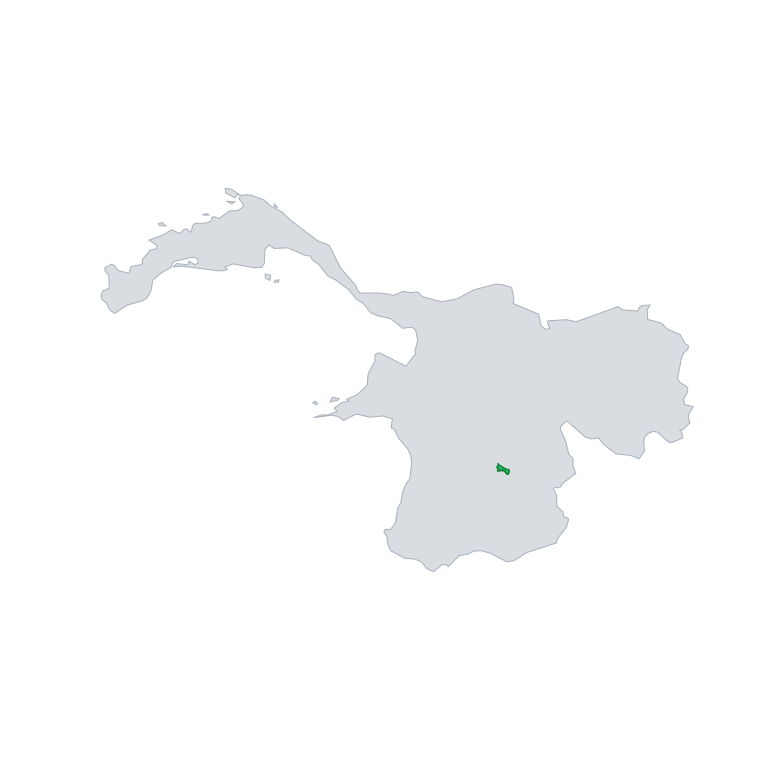 location of Ban Fang, Khon Kaen, Thailand, rotated 109°
{"feature_id": "78962969B10387092558373", "entity_name": "Ban Fang", "entity_type": "district", "adm_level": 2, "iso_a3": "THA", "parent_name": "Thailand", "parent_adm1": "Khon Kaen", "projection": "orthographic", "projection_center": [102.643, 16.502], "detail": "fine", "context": "in_parent", "style": "filled", "palette": "green", "viewbox_px": 768, "rotation_deg": 109, "n_neighbors": 0, "source": "geoboundaries", "source_scale": "gbopen_adm2", "svg_char_len": 5879}
<svg xmlns="http://www.w3.org/2000/svg" viewBox="0 0 768 768"><g transform="rotate(109 384 384)"><path d="M330.3,86.7L330.9,89.6L334.0,85.8L337.8,83.9L345.4,92.5L346.3,96.2L340.5,109.7L341.3,114.3L344.9,118.1L349.2,120.3L353.8,119.7L362.4,115.9L371.8,118.5L371.2,127.5L374.5,141.9L369.7,156.6L365.1,163.8L368.5,170.1L368.7,176.1L359.4,198.9L361.2,200.6L367.0,203.2L369.4,202.4L379.1,193.5L389.8,186.6L393.3,180.7L400.0,178.7L406.0,173.5L419.9,182.7L423.6,183.5L425.4,185.1L426.1,188.9L427.8,189.6L433.5,184.3L443.0,180.9L446.8,173.0L451.2,170.7L450.8,166.8L452.2,165.3L460.0,164.9L471.8,169.0L476.0,169.9L477.9,168.9L496.8,194.1L509.0,203.7L512.1,210.3L509.5,227.4L509.8,237.1L512.6,244.5L517.8,249.6L521.7,256.9L535.9,263.8L534.7,265.7L535.7,270.3L544.6,275.5L545.3,277.3L544.4,284.2L540.5,289.4L539.6,293.7L539.7,299.0L542.0,307.0L539.4,323.5L534.2,328.2L527.4,331.6L523.6,336.1L520.8,335.0L519.4,330.5L511.9,328.0L497.3,330.5L490.0,329.5L480.2,331.2L470.7,330.6L465.1,328.7L449.2,332.3L442.5,335.6L437.7,340.4L430.5,352.5L423.2,359.9L423.3,362.9L414.2,364.8L414.7,375.1L419.9,386.3L421.4,400.4L431.6,410.4L429.6,417.3L430.9,424.1L438.8,439.8L433.1,432.3L431.9,427.3L425.1,419.5L423.0,423.3L415.1,417.5L411.7,411.7L410.6,414.2L402.8,406.0L394.8,401.6L390.4,399.5L379.2,402.4L365.0,400.0L359.6,402.1L357.3,400.8L356.0,398.3L360.1,369.0L348.0,365.2L345.9,363.3L343.2,365.4L331.2,366.5L322.5,371.8L321.3,376.3L325.2,384.4L320.0,398.9L321.6,412.6L320.8,420.1L314.7,429.6L313.0,437.2L306.0,448.8L301.4,463.5L300.2,472.1L291.9,485.1L289.9,492.4L287.0,495.1L288.1,501.0L286.5,519.0L291.6,532.1L290.1,538.1L295.7,540.3L309.1,536.4L313.6,537.5L316.4,544.7L319.6,566.0L325.2,572.6L326.6,569.4L329.3,572.8L331.3,579.2L338.2,612.7L341.8,621.5L337.6,619.2L335.2,608.7L331.3,608.2L332.7,601.6L330.2,599.2L326.2,601.0L326.3,606.2L336.9,623.0L343.5,623.5L351.9,631.0L361.0,636.4L372.6,634.6L380.5,636.4L385.2,640.9L392.7,652.2L405.0,661.7L403.2,667.5L398.3,672.2L395.7,678.4L392.4,680.3L387.8,680.3L382.8,675.0L370.6,679.7L367.9,684.6L364.8,685.8L359.4,680.4L359.8,677.4L363.2,672.9L362.4,661.4L355.1,661.2L350.2,652.5L348.6,651.7L345.1,653.0L333.6,648.7L330.2,643.3L326.8,643.7L324.4,653.0L314.2,640.4L307.3,635.2L308.3,625.9L303.5,623.9L301.5,621.3L303.4,615.8L296.8,616.5L293.7,615.0L289.9,604.9L286.7,600.8L282.4,600.8L281.0,598.8L281.4,593.9L270.8,586.7L267.5,578.6L262.5,575.0L259.3,576.0L256.0,581.6L253.6,581.2L251.4,579.6L248.7,571.5L249.0,557.5L252.5,549.4L254.5,536.4L259.6,525.5L270.2,493.6L270.7,480.9L288.3,463.1L300.1,442.6L304.0,439.6L305.7,435.8L299.8,419.0L297.2,407.4L297.7,404.4L290.4,396.4L288.6,387.3L286.7,384.4L286.1,381.4L288.9,376.2L287.6,356.4L279.7,342.6L265.6,329.6L253.1,310.7L251.5,304.1L251.2,294.7L261.6,288.7L265.8,288.3L267.7,260.4L276.7,255.2L278.6,253.0L279.6,248.3L277.5,245.5L271.7,250.0L270.6,249.0L263.8,232.4L262.5,222.4L234.7,188.1L236.2,182.4L232.4,167.8L228.2,167.5L225.4,164.8L222.7,158.2L228.1,159.2L237.1,155.7L236.0,141.6L240.0,133.6L240.9,120.1L247.8,112.3L248.8,108.4L252.5,108.0L257.4,111.0L262.4,111.2L283.5,108.2L286.3,104.6L287.7,97.3L289.9,95.0L294.6,94.4L300.0,96.0L305.7,93.2L304.8,84.4L314.8,86.1L321.4,82.2L330.3,86.7ZM256.5,585.4L254.9,595.8L250.8,597.8L249.5,591.7L252.0,582.0L253.1,584.3L256.5,585.4ZM323.2,525.6L322.5,530.6L318.8,532.2L317.9,526.5L323.2,525.6ZM414.1,422.0L418.6,429.2L413.4,428.6L412.5,421.6L414.1,422.0ZM305.8,649.5L303.6,646.4L305.5,641.7L307.4,647.6L305.8,649.5ZM263.4,586.7L262.3,592.3L260.4,584.5L263.4,586.7ZM323.4,521.1L321.4,520.4L319.7,517.1L322.2,517.2L323.4,521.1ZM281.1,604.0L283.4,610.8L280.7,607.6L281.1,604.0ZM425.6,441.0L425.0,445.3L422.7,443.5L424.1,440.4L425.6,441.0ZM252.0,544.9L249.5,546.4L251.6,542.5L252.0,544.9Z" fill="#d9dde1" stroke="#a8b0b8" stroke-width="1"/><path d="M429.2,238.1L429.1,237.9L428.9,237.3L428.3,237.3L428.3,237.2L428.2,237.1L427.9,237.1L427.7,237.1L427.4,237.1L427.2,237.1L426.9,237.1L426.7,237.0L426.4,237.0L426.2,237.0L425.9,237.2L425.7,237.3L425.4,237.4L425.2,237.4L425.0,237.5L424.8,237.6L424.7,237.6L424.6,237.8L424.5,238.1L424.5,238.4L424.5,238.5L424.6,238.8L424.6,239.1L424.6,239.4L424.6,239.5L424.6,239.9L424.6,240.0L424.8,240.4L424.7,240.6L424.7,240.8L424.6,241.0L424.6,241.3L424.6,241.5L424.6,241.9L424.5,242.1L424.5,242.5L424.4,242.8L424.5,242.9L424.4,243.0L424.4,243.3L424.3,243.7L424.3,243.8L424.2,244.2L424.2,244.3L424.1,244.6L424.0,244.8L424.0,245.1L423.9,245.1L423.6,246.0L423.5,246.4L423.5,247.0L423.5,247.3L423.5,247.5L423.5,248.0L423.4,248.3L423.3,248.5L423.2,248.7L423.1,248.8L422.9,249.0L422.6,249.2L422.5,249.3L422.4,249.4L422.4,249.5L422.4,249.8L422.5,249.9L422.5,250.0L422.7,249.9L422.9,249.9L423.2,249.5L423.4,249.5L423.5,249.6L423.8,249.7L424.0,249.8L424.4,249.9L424.5,249.8L424.8,249.8L425.0,249.8L425.6,249.8L425.8,249.7L426.0,249.5L426.0,249.4L426.1,249.5L426.1,249.4L426.1,249.5L426.2,249.4L426.3,249.3L426.3,249.2L426.5,249.2L426.8,249.1L427.0,249.0L427.0,248.9L427.3,248.9L427.5,248.7L427.5,248.8L427.8,248.8L427.9,248.7L428.0,248.7L428.3,248.5L428.4,248.4L428.5,248.4L428.7,248.0L428.7,247.9L428.8,247.9L429.0,247.9L428.9,247.8L428.8,247.7L428.7,247.7L428.7,247.4L428.6,247.2L428.7,246.9L428.3,246.7L428.2,246.7L428.3,246.5L428.3,246.4L428.2,246.4L428.1,246.2L427.9,246.1L428.0,246.0L427.9,246.0L428.0,245.7L427.9,245.6L427.6,245.6L427.5,245.4L427.4,245.3L427.2,245.3L427.2,245.2L427.2,244.9L427.2,244.7L427.0,244.2L426.9,244.2L427.0,244.1L426.9,244.1L427.0,244.0L426.9,244.0L426.9,243.9L427.0,243.8L427.0,243.7L427.1,243.4L427.2,243.2L427.3,243.2L427.2,243.0L427.1,242.9L427.1,242.7L426.9,242.5L426.8,242.4L426.7,242.3L426.8,242.2L426.7,242.2L426.6,241.9L426.8,241.8L426.9,241.6L427.0,241.6L427.2,241.3L427.5,240.9L427.7,240.7L427.9,239.5L428.0,239.5L428.3,239.5L428.5,239.6L428.7,239.3L428.7,239.2L428.6,238.9L428.8,238.6L429.0,238.5L429.2,238.3L429.2,238.2L429.2,238.1Z" fill="#22c55e" stroke="#15803d" stroke-width="1.5"/></g></svg>